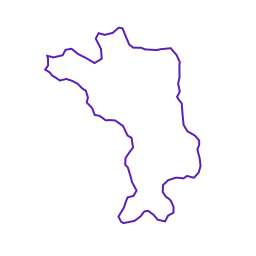 Bengtsfors, Västra Götaland, Sweden, rotated 346°
{"feature_id": "70781695B25080467136500", "entity_name": "Bengtsfors", "entity_type": "district", "adm_level": 2, "iso_a3": "SWE", "parent_name": "Sweden", "parent_adm1": "Västra Götaland", "projection": "albers", "projection_center": [12.194, 59.012], "detail": "fine", "context": "isolated", "style": "outline", "palette": "violet", "viewbox_px": 256, "rotation_deg": 346, "n_neighbors": 0, "source": "geoboundaries", "source_scale": "gbopen_adm2", "svg_char_len": 1378}
<svg xmlns="http://www.w3.org/2000/svg" viewBox="0 0 256 256"><g transform="rotate(346 128 128)"><path d="M67.1,38.5L67.1,41.7L65.6,48.0L61.8,51.3L65.6,55.2L67.0,58.6L69.5,61.1L73.3,65.4L80.1,65.5L85.4,68.9L89.8,72.8L93.2,78.6L96.1,81.5L96.5,88.8L94.1,93.2L98.0,100.0L98.9,107.3L103.3,109.3L108.2,115.1L113.0,116.1L117.4,117.6L123.7,124.9L125.7,135.1L129.1,138.5L128.1,148.3L123.7,151.7L118.3,156.6L116.4,162.9L118.3,166.3L118.8,175.1L118.8,181.5L121.2,190.8L116.8,195.2L110.9,195.2L108.0,199.1L104.6,204.5L99.6,209.4L97.3,211.7L98.6,217.2L100.6,219.2L111.9,219.7L118.8,216.8L123.7,212.9L127.6,213.3L132.0,218.7L134.5,224.1L141.2,227.5L141.3,227.6L145.7,222.7L151.6,221.2L153.1,215.8L152.1,209.4L150.6,206.5L148.2,204.0L146.2,198.6L148.2,191.8L154.5,188.3L162.8,187.8L169.7,190.3L173.6,188.8L180.0,192.2L185.8,188.3L186.1,187.8L189.2,182.4L190.2,175.0L190.1,165.8L193.1,161.3L194.0,157.4L191.1,151.6L184.7,145.3L182.7,138.4L184.1,128.7L186.1,117.0L184.6,114.1L183.1,109.7L187.0,105.3L187.4,97.0L190.3,91.2L191.3,86.8L193.2,79.0L194.2,76.7L192.8,69.0L188.7,60.9L188.4,60.9L178.5,59.4L174.9,59.4L163.7,55.9L160.1,53.3L152.5,51.3L149.4,47.3L147.9,38.1L146.8,30.0L143.3,28.4L136.2,32.0L128.0,32.0L122.4,28.9L118.3,33.5L120.9,44.7L119.3,54.4L111.2,56.9L104.6,50.3L97.5,44.2L92.4,37.5L86.3,37.0L82.2,41.6L73.0,41.5L67.1,38.5Z" fill="none" stroke="#5b21b6" stroke-width="2"/></g></svg>